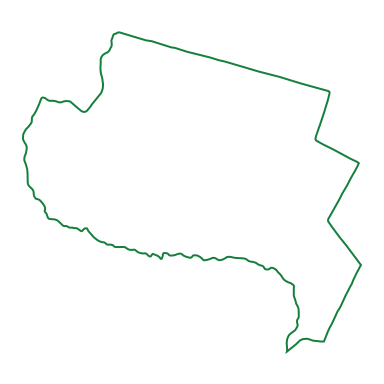 San Cristóbal Verapaz, Alta Verapaz, Guatemala (Equal Earth projection)
{"feature_id": "79465075B68623160282073", "entity_name": "San Cristóbal Verapaz", "entity_type": "district", "adm_level": 2, "iso_a3": "GTM", "parent_name": "Guatemala", "parent_adm1": "Alta Verapaz", "projection": "equal_earth", "projection_center": [-90.595, 15.383], "detail": "fine", "context": "isolated", "style": "outline", "palette": "green", "viewbox_px": 384, "rotation_deg": 0, "n_neighbors": 0, "source": "geoboundaries", "source_scale": "gbopen_adm2", "svg_char_len": 5875}
<svg xmlns="http://www.w3.org/2000/svg" viewBox="0 0 384 384"><path d="M286.9,351.6L295.9,344.4L300.0,340.4L302.6,339.2L306.9,338.7L310.5,339.7L312.9,340.6L318.2,341.2L321.6,341.6L324.0,341.4L327.9,331.5L328.4,330.5L329.9,327.2L331.6,324.4L337.5,311.5L340.3,307.1L346.0,294.7L347.7,291.6L349.6,287.8L351.8,283.8L353.3,280.0L356.5,273.3L360.4,266.0L361.0,265.1L360.4,264.3L346.1,245.2L340.3,238.1L335.5,231.7L331.6,226.4L328.1,221.3L328.2,219.2L334.4,208.2L338.7,200.6L342.7,192.8L344.7,189.5L347.5,184.7L351.0,177.8L354.2,172.3L357.1,167.0L358.8,163.2L357.1,161.9L349.6,158.3L337.1,151.5L332.0,148.8L324.4,145.1L318.7,142.0L317.9,141.5L316.2,140.6L315.4,138.9L316.2,135.6L317.9,130.8L318.8,127.9L319.7,125.7L324.3,111.8L326.0,106.1L327.5,101.4L329.5,93.7L329.5,92.0L328.5,91.1L300.3,83.3L279.2,76.8L273.3,75.3L258.2,71.4L225.1,61.6L219.2,60.3L209.8,57.4L186.8,51.7L175.0,47.9L171.0,47.3L151.7,41.2L145.8,40.3L119.5,32.4L117.9,32.5L116.4,33.4L115.6,33.7L114.9,33.9L114.3,34.0L113.6,34.6L112.9,36.1L112.5,37.6L112.2,38.5L111.7,39.5L111.4,40.6L111.5,41.5L111.6,42.4L111.7,44.1L111.7,45.3L111.5,46.2L111.2,46.9L110.8,47.6L110.3,48.3L110.0,49.2L109.5,50.1L109.1,50.8L108.1,51.9L107.3,52.5L106.3,52.9L105.2,53.4L104.2,54.1L103.0,54.9L102.3,55.8L101.6,56.8L101.1,57.6L100.7,59.3L100.7,62.1L100.7,64.0L100.5,65.8L100.5,68.0L100.5,69.3L100.7,72.0L101.1,74.2L101.6,76.0L102.0,77.4L102.4,79.1L102.5,80.6L102.9,82.8L103.0,84.1L103.0,85.2L102.9,87.0L102.7,88.3L102.6,89.2L102.1,90.5L101.5,92.3L100.1,94.3L97.4,97.6L95.3,100.2L91.5,104.9L90.7,106.3L88.9,108.5L87.1,110.6L85.8,111.6L84.7,111.9L83.8,111.9L82.2,111.5L80.9,110.7L79.2,109.3L70.4,101.7L69.7,101.4L68.0,101.1L67.0,101.1L66.4,101.0L64.8,101.2L63.1,101.6L62.3,101.9L61.3,102.3L60.5,102.4L58.9,102.3L57.6,101.9L55.8,101.2L54.0,100.9L53.0,100.8L52.2,100.8L50.6,100.8L49.7,100.8L49.0,100.6L47.4,99.9L46.0,98.8L45.2,98.1L43.8,97.7L42.9,97.5L41.9,97.8L41.4,98.3L40.6,100.3L39.6,102.8L39.3,103.8L37.3,108.3L35.9,111.3L35.2,112.5L33.9,114.7L33.3,115.4L32.8,116.0L32.3,116.7L31.9,118.1L31.8,120.1L31.7,122.0L31.3,123.0L30.4,124.2L28.2,127.0L27.1,128.1L26.1,129.1L25.4,130.2L25.0,130.9L23.8,133.1L23.4,134.0L23.2,134.8L23.1,136.0L23.0,138.2L23.1,139.6L24.7,142.8L25.5,143.9L26.0,144.9L26.3,145.7L26.7,146.9L26.7,147.9L26.6,149.3L26.5,150.4L25.7,153.9L25.0,155.6L24.5,157.1L24.3,158.9L24.3,160.2L24.9,162.0L25.5,163.5L26.0,164.8L26.2,165.6L27.0,168.4L27.3,170.1L27.6,174.7L27.7,182.8L28.2,184.7L28.7,185.5L29.8,186.8L31.0,187.9L32.0,188.9L32.8,189.8L33.3,190.9L33.6,192.0L33.7,192.8L33.7,193.9L33.9,195.2L34.2,196.3L35.1,197.8L35.5,198.4L36.1,198.8L37.7,199.2L39.1,199.7L39.9,200.3L41.5,202.0L43.0,203.8L44.4,206.0L44.8,207.0L45.1,208.0L45.1,209.3L44.7,210.6L44.8,211.6L45.8,212.9L46.3,213.4L46.6,214.1L47.0,215.1L47.5,216.7L48.1,218.0L49.2,218.9L50.6,219.1L52.4,219.2L53.9,219.3L55.0,219.5L55.9,219.8L57.4,220.4L59.0,221.8L60.9,223.5L61.6,224.3L62.3,225.0L63.1,225.7L63.9,226.0L65.0,226.1L66.1,226.0L67.4,226.4L68.1,227.0L68.8,227.4L70.1,227.6L71.5,227.7L72.3,227.6L73.1,227.9L73.7,228.1L74.5,228.2L75.5,228.1L76.3,228.1L76.9,228.3L77.6,228.7L78.6,229.4L79.3,229.9L80.0,230.4L81.1,231.1L81.9,231.1L82.5,230.6L83.2,229.8L83.9,229.1L84.4,228.6L85.6,228.3L86.9,228.4L87.6,229.5L88.2,230.8L89.0,231.8L91.3,234.4L93.5,237.0L96.1,239.1L98.3,240.7L99.8,241.4L101.8,242.1L103.7,242.3L104.5,242.5L105.2,243.0L106.0,243.8L106.9,244.4L107.9,244.7L110.1,244.6L111.7,244.8L112.8,245.2L113.5,245.8L114.1,246.4L114.9,246.9L117.3,247.1L121.0,247.0L123.3,247.0L124.3,247.0L125.3,247.3L126.4,248.2L128.1,249.2L129.4,249.7L130.8,249.9L132.3,249.9L133.4,249.7L134.2,249.7L135.0,249.9L135.6,250.3L136.3,250.9L137.6,252.0L138.7,252.5L141.0,253.2L143.4,253.5L144.7,253.3L145.7,253.4L146.7,254.0L147.4,254.7L148.4,255.7L149.1,256.1L149.7,256.4L150.5,256.5L151.1,256.0L152.0,254.5L152.8,253.9L154.5,254.5L157.6,255.8L158.8,256.6L159.4,257.1L159.9,257.7L160.6,258.8L161.6,258.7L162.1,258.0L162.3,257.1L162.7,256.0L162.9,255.1L162.9,254.2L163.7,253.1L164.5,253.0L166.3,253.2L167.3,253.4L168.3,254.1L169.0,255.0L169.6,255.4L170.6,255.5L172.7,255.5L174.9,255.1L176.2,254.6L178.1,253.9L179.1,253.7L179.9,253.6L181.2,253.8L182.2,254.5L183.0,255.1L183.6,255.6L184.3,256.0L184.9,256.2L186.2,256.8L188.8,257.5L190.6,257.8L191.6,257.3L192.1,256.7L192.9,255.7L193.7,255.3L194.6,255.3L195.9,255.3L197.5,255.6L198.4,256.1L200.1,257.0L201.4,258.0L202.5,259.1L203.2,259.9L204.3,260.3L206.2,260.0L208.1,259.6L209.9,259.0L211.8,258.2L212.6,257.9L213.6,257.8L214.7,258.0L216.2,258.6L217.1,259.3L218.2,259.9L219.2,260.2L220.1,260.1L220.8,260.1L222.8,259.5L225.6,258.0L227.0,257.0L229.1,256.8L231.0,257.0L233.1,257.5L235.3,257.9L240.0,258.2L242.3,258.3L244.2,258.5L245.9,259.0L246.8,259.7L247.8,260.3L248.7,261.1L249.6,261.3L251.3,261.7L252.9,261.9L254.4,262.3L255.8,262.8L257.5,263.9L258.4,264.6L259.3,265.0L260.3,265.3L261.6,265.6L262.9,266.1L263.8,267.2L264.4,268.1L264.8,268.9L266.1,269.4L266.9,269.4L267.6,269.5L268.7,269.3L269.3,268.9L270.4,268.1L271.5,267.7L272.8,267.9L274.0,268.5L275.5,269.3L276.7,270.4L277.3,271.3L278.1,272.3L279.9,274.0L280.8,275.1L281.6,276.2L282.6,277.7L283.3,278.9L284.2,279.8L285.3,280.7L286.2,281.3L287.3,281.7L288.3,282.4L289.9,282.8L291.2,283.4L292.0,284.1L293.1,284.8L293.6,285.3L294.1,286.5L293.8,287.6L293.8,288.4L293.8,289.5L293.8,290.6L293.8,294.9L293.9,296.1L294.4,297.5L295.6,301.2L296.0,302.7L296.2,303.7L297.3,305.6L297.7,306.5L298.1,307.5L298.4,308.3L298.6,310.0L298.7,311.2L298.8,315.9L298.7,316.9L298.5,317.9L297.8,319.0L297.4,319.5L297.0,321.0L297.0,322.2L297.2,323.0L297.5,323.8L297.6,324.7L297.5,326.0L297.1,327.0L295.6,329.5L295.0,330.2L294.6,330.7L293.8,331.2L292.6,332.1L291.4,333.0L290.6,333.7L289.7,334.4L289.2,334.9L288.6,335.8L287.8,337.5L287.4,338.5L287.1,339.6L286.8,341.7L286.7,342.8L286.7,343.9L286.9,345.7L287.0,346.8L287.1,347.8L287.1,349.8L287.1,350.6L286.9,351.6Z" fill="none" stroke="#15803d" stroke-width="2"/></svg>